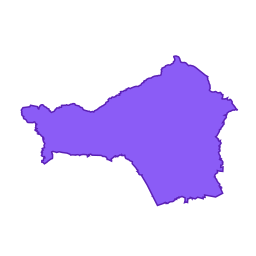 Jungapeo, Michoacán, Mexico (Equal Earth projection), rotated 94°
{"feature_id": "50627088B21047289087879", "entity_name": "Jungapeo", "entity_type": "district", "adm_level": 2, "iso_a3": "MEX", "parent_name": "Mexico", "parent_adm1": "Michoacán", "projection": "equal_earth", "projection_center": [-100.507, 19.411], "detail": "fine", "context": "isolated", "style": "filled", "palette": "violet", "viewbox_px": 256, "rotation_deg": 94, "n_neighbors": 0, "source": "geoboundaries", "source_scale": "gbopen_adm2", "svg_char_len": 5810}
<svg xmlns="http://www.w3.org/2000/svg" viewBox="0 0 256 256"><g transform="rotate(94 128 128)"><path d="M169.6,208.9L167.7,206.4L167.1,206.0L164.5,203.0L163.7,201.3L162.3,201.2L159.7,201.4L159.3,201.9L158.7,201.8L157.8,202.4L157.2,202.5L156.6,201.3L157.0,198.7L157.4,197.6L156.5,195.0L157.0,191.9L157.3,187.0L158.3,184.0L159.0,183.3L158.6,181.3L158.7,178.1L158.3,177.9L158.1,176.0L158.3,175.1L158.8,174.3L157.9,173.1L157.9,172.4L157.5,171.1L157.5,167.2L159.0,166.5L159.5,166.4L158.9,165.5L158.2,165.4L158.2,164.7L157.3,165.2L157.1,164.1L156.7,163.8L157.0,162.6L157.6,162.1L157.2,152.8L158.2,150.9L158.0,150.2L158.2,148.2L160.0,146.6L160.8,146.6L160.9,145.4L162.2,142.1L161.3,142.1L160.2,142.7L158.4,140.6L157.4,139.7L157.5,139.2L157.2,139.4L156.6,138.5L157.4,136.9L157.2,136.2L156.9,136.3L155.4,134.0L155.9,132.2L155.3,132.2L155.6,131.9L155.8,130.4L155.4,129.4L157.9,128.5L158.6,127.9L159.2,126.1L159.5,125.7L159.3,125.3L160.6,123.6L161.3,121.3L163.3,121.3L166.4,118.1L168.2,116.5L168.5,116.5L169.4,115.2L169.8,115.5L170.4,115.5L170.6,115.8L170.9,115.1L171.6,115.0L172.0,114.3L173.4,113.8L173.9,112.7L173.9,110.7L174.8,110.9L183.6,104.8L193.6,98.9L194.2,99.0L194.2,98.6L203.2,93.2L200.5,86.8L200.1,86.6L199.7,85.8L200.1,85.7L200.0,84.7L200.6,84.7L200.4,82.9L199.9,82.7L198.7,80.9L198.3,78.3L197.6,77.2L196.5,76.5L196.4,76.0L195.5,76.0L195.8,74.5L194.7,74.5L194.6,74.0L194.2,73.8L194.1,73.0L194.3,72.4L193.4,72.3L193.5,72.1L193.1,70.5L192.5,69.4L193.7,66.2L196.4,66.0L198.5,66.4L197.8,64.8L198.0,64.6L197.8,64.1L198.1,63.4L194.5,63.4L194.3,62.4L193.7,62.4L193.9,62.3L193.6,60.9L192.9,60.9L193.1,59.9L193.6,59.4L194.3,59.0L193.5,58.7L194.0,56.0L192.2,53.7L193.3,48.1L191.8,48.3L191.8,46.3L189.5,46.9L190.7,35.8L186.5,29.0L181.9,31.4L181.6,30.9L181.1,31.8L180.5,30.8L179.4,32.9L179.2,32.7L177.6,32.5L176.3,34.2L174.2,35.7L173.0,36.1L172.6,36.8L171.4,37.6L170.6,37.7L170.6,38.4L168.8,38.0L167.6,37.3L166.4,35.6L164.2,35.9L164.6,34.2L164.7,30.4L160.2,30.5L160.8,32.8L158.6,32.8L158.6,32.0L157.8,31.0L156.3,31.4L156.3,31.0L155.3,31.0L153.6,32.3L153.6,33.0L153.2,33.9L152.9,33.2L152.3,32.9L152.3,33.4L151.9,33.4L151.9,34.1L149.5,34.1L148.2,35.1L145.9,36.0L144.5,34.6L143.6,34.8L143.0,35.5L142.6,35.1L142.0,35.5L141.4,35.4L141.2,35.0L140.1,35.0L140.0,35.8L139.4,36.0L138.5,35.0L137.4,34.7L137.1,34.2L136.5,34.1L135.1,35.1L134.2,35.0L135.0,36.1L133.4,37.3L133.2,37.3L133.1,36.9L132.8,37.0L130.6,40.0L129.6,38.8L125.6,36.9L124.7,36.6L123.2,36.6L122.9,35.5L121.0,35.0L119.7,33.8L118.8,33.6L117.5,32.5L115.6,32.7L116.0,33.9L112.2,32.0L111.9,31.4L110.3,30.6L109.2,31.0L108.8,30.8L108.5,32.4L108.1,31.6L107.8,30.5L107.3,30.2L106.3,30.2L104.5,28.3L104.1,26.7L103.6,26.2L102.9,24.9L102.7,24.1L102.8,23.2L102.1,22.2L102.5,20.5L102.1,20.3L100.9,22.0L99.8,22.4L99.2,23.4L98.7,23.5L96.1,26.0L94.8,25.8L93.0,27.0L92.3,28.2L93.1,28.8L93.0,30.6L92.3,31.1L91.0,30.8L92.1,32.5L92.0,33.2L92.4,33.6L92.3,34.7L92.4,36.1L91.7,36.3L90.3,35.6L88.9,36.0L88.4,35.5L88.1,35.6L87.7,37.2L86.9,37.4L86.3,38.0L86.0,38.6L86.6,39.6L86.5,41.3L85.6,42.8L85.5,43.4L86.1,44.7L86.2,46.5L85.6,48.3L84.5,49.5L83.0,48.8L79.4,49.3L77.9,50.2L75.9,50.8L73.9,52.0L72.8,51.9L71.8,52.4L71.2,52.0L70.0,54.5L62.8,64.9L61.7,67.1L61.1,70.4L61.6,71.9L59.1,74.7L58.7,76.1L58.9,78.1L58.8,79.6L57.4,80.5L55.2,81.3L53.5,82.5L52.8,85.1L53.2,87.0L53.4,87.3L53.9,87.3L54.9,86.6L56.7,86.0L57.8,86.3L58.8,87.3L59.7,87.2L60.6,88.0L61.0,89.0L61.9,89.8L62.3,90.6L62.2,92.4L63.4,94.9L64.3,95.2L66.0,98.3L66.7,98.2L67.5,98.9L69.3,98.3L69.8,98.7L71.5,98.6L72.8,98.9L73.4,100.0L73.5,101.5L74.0,102.2L73.9,102.7L74.5,105.3L75.4,107.1L76.5,108.3L77.0,110.9L78.0,112.5L78.4,113.1L79.2,113.3L79.5,113.7L79.6,114.6L80.0,114.9L80.2,115.5L81.5,115.4L81.7,116.2L82.2,116.9L82.7,117.5L84.3,118.2L84.9,119.7L85.8,120.5L85.9,122.9L86.4,124.5L87.8,127.4L88.5,128.4L88.0,130.3L89.0,131.4L89.4,132.5L90.2,132.2L90.8,132.9L90.6,133.3L90.8,134.3L91.8,135.2L92.2,137.9L92.4,138.1L93.5,137.7L94.1,137.8L94.5,139.2L95.7,138.6L96.0,139.2L95.9,140.9L96.5,142.1L97.4,142.3L97.4,142.8L98.0,143.5L98.4,144.4L98.1,145.4L98.4,146.2L99.6,146.8L99.6,148.5L101.1,149.8L102.2,149.4L102.8,149.6L103.9,151.6L104.4,151.9L105.4,152.0L107.5,154.5L107.9,155.5L108.5,156.0L109.3,157.5L111.9,160.2L113.2,162.6L114.3,163.1L114.4,163.7L114.0,164.4L114.7,166.6L113.9,167.9L114.2,169.0L113.7,170.3L113.7,170.7L113.2,173.0L112.6,174.1L111.4,174.7L110.8,175.4L110.7,176.8L109.4,178.4L108.8,182.1L107.7,182.7L107.5,183.0L107.5,184.6L108.0,185.5L108.3,186.9L109.4,188.5L109.5,190.0L109.1,190.8L109.8,192.2L109.7,193.4L110.0,194.1L109.9,195.1L110.1,195.9L111.9,195.8L112.1,196.2L111.9,198.0L112.9,198.2L112.9,200.4L114.0,201.1L114.6,201.9L115.0,201.9L116.5,202.8L117.8,205.5L116.5,207.3L116.3,207.1L116.1,207.7L114.5,208.3L114.2,209.9L113.2,210.7L112.4,212.9L111.8,213.6L111.4,213.7L110.8,214.7L110.8,215.6L111.3,216.7L112.0,217.3L114.6,218.3L115.2,218.3L115.2,218.7L114.9,219.0L113.0,219.7L112.1,226.8L113.7,227.5L115.0,234.2L117.6,235.7L119.4,235.0L120.2,235.3L121.1,234.8L122.3,234.9L123.3,234.0L123.8,232.8L125.0,233.1L126.0,232.6L126.5,231.0L127.4,229.9L129.1,228.9L129.5,228.1L129.3,223.2L128.7,222.4L128.5,221.5L130.2,220.3L130.5,219.3L131.0,219.3L131.5,220.2L133.7,220.0L134.3,220.4L134.8,220.0L135.0,218.7L135.3,218.9L136.3,220.6L136.7,220.6L137.1,220.1L137.2,218.4L138.0,218.6L138.5,217.9L138.5,216.9L139.3,216.8L140.1,217.7L140.4,217.0L140.3,216.2L140.8,214.8L141.8,214.1L143.3,211.6L143.6,211.6L143.8,212.3L144.1,212.3L144.6,211.2L144.9,211.1L145.5,212.0L147.7,211.2L149.1,209.9L151.3,210.6L153.4,209.9L154.5,212.2L155.0,212.1L155.9,211.1L157.2,212.5L158.1,211.7L158.7,212.6L159.6,211.8L160.2,211.8L161.3,212.5L161.7,212.3L162.3,210.9L162.6,209.9L162.4,209.3L163.6,208.8L164.0,210.0L166.3,210.2L166.4,211.6L166.6,211.7L168.1,211.6L168.4,210.1L169.6,208.9Z" fill="#8b5cf6" stroke="#5b21b6" stroke-width="1.5"/></g></svg>